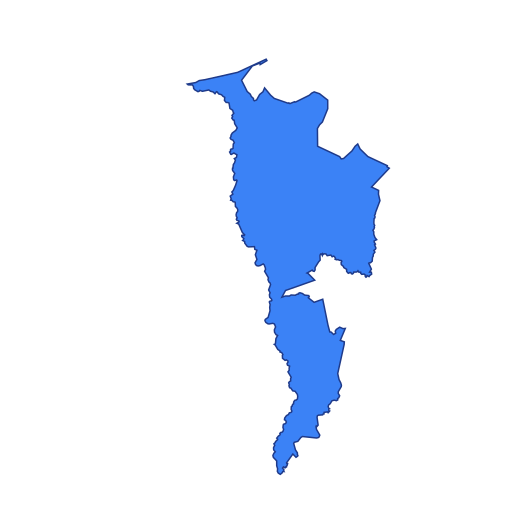 the district of Amatlán de Cañas, Nayarit, Mexico, rotated 32°
{"feature_id": "50627088B27678172888036", "entity_name": "Amatlán de Cañas", "entity_type": "district", "adm_level": 2, "iso_a3": "MEX", "parent_name": "Mexico", "parent_adm1": "Nayarit", "projection": "robinson", "projection_center": [-104.374, 20.799], "detail": "fine", "context": "isolated", "style": "filled", "palette": "blue", "viewbox_px": 512, "rotation_deg": 32, "n_neighbors": 0, "source": "geoboundaries", "source_scale": "gbopen_adm2", "svg_char_len": 6159}
<svg xmlns="http://www.w3.org/2000/svg" viewBox="0 0 512 512"><g transform="rotate(32 256 256)"><path d="M396.6,352.5L399.3,350.3L400.2,350.7L400.5,349.2L400.6,348.5L399.9,348.7L399.0,347.6L398.7,347.0L399.1,346.6L398.3,346.5L397.0,345.5L396.5,343.8L397.2,341.9L397.1,338.6L398.7,336.8L400.8,336.1L401.6,334.7L400.8,333.7L401.3,332.3L401.0,330.2L398.5,328.9L397.7,327.4L397.5,321.6L396.9,320.3L395.1,318.7L391.9,316.8L387.6,312.4L377.7,284.5L376.4,282.0L372.2,282.9L370.1,270.1L368.3,271.5L364.7,272.0L363.0,275.7L363.0,277.7L364.5,279.3L363.4,281.4L360.0,280.7L358.8,281.3L353.6,276.4L335.5,257.3L329.8,264.5L322.5,263.7L322.7,262.3L321.7,261.6L317.9,263.4L315.3,263.2L312.7,263.9L311.8,265.2L312.2,265.7L310.7,267.2L310.2,268.4L306.4,270.5L305.5,272.3L302.2,274.3L299.8,277.2L299.3,269.6L318.6,245.4L309.4,243.2L308.3,243.4L311.1,238.2L312.5,238.6L313.5,238.2L313.5,236.5L312.2,234.5L312.2,227.8L312.6,225.5L310.0,221.8L309.7,220.4L310.0,219.7L310.6,219.6L311.9,220.4L311.4,218.8L312.2,219.1L312.5,218.1L314.2,217.2L316.2,218.0L319.0,215.5L321.0,216.3L321.8,215.0L322.6,214.9L324.7,215.8L324.7,216.8L325.1,216.8L326.6,216.4L327.5,215.5L328.8,215.5L330.9,214.6L331.6,215.1L331.7,216.6L332.9,218.1L335.6,218.5L336.6,219.3L339.9,219.3L341.0,221.0L343.0,221.7L343.8,221.5L344.0,220.6L345.1,219.8L346.4,220.5L347.4,220.1L347.7,218.8L347.4,217.9L349.6,216.4L350.3,215.4L350.3,214.5L351.8,215.2L353.4,214.3L353.9,215.2L355.4,215.5L357.2,214.1L358.3,214.0L359.6,215.5L360.5,215.7L360.8,215.0L360.5,213.7L362.8,213.6L362.8,212.3L363.7,210.1L362.4,208.6L360.9,209.5L360.8,206.0L355.4,202.4L355.7,201.7L356.7,201.1L357.3,198.8L355.5,195.4L355.5,194.1L354.5,192.2L354.8,189.7L353.0,188.8L353.7,187.0L353.5,185.7L350.6,183.6L351.0,182.6L348.9,181.6L348.2,180.6L349.7,178.2L347.1,177.3L344.3,175.1L343.1,173.1L341.5,172.2L341.7,170.8L341.4,169.1L340.7,168.5L340.4,167.1L339.3,166.6L338.1,165.0L336.3,161.6L336.6,160.7L336.1,159.6L335.0,158.7L334.9,156.9L334.4,156.2L331.8,143.4L327.1,138.7L325.2,135.4L317.4,136.3L322.5,110.9L319.7,110.9L319.5,109.8L298.2,112.4L287.6,110.1L282.9,107.1L281.9,110.4L281.7,116.1L278.6,126.9L276.8,128.5L274.3,127.4L250.1,130.3L240.5,115.3L240.4,111.0L241.3,107.2L238.8,93.1L234.2,85.8L223.9,84.7L218.4,86.0L216.9,88.4L216.1,91.3L208.4,103.8L207.5,104.9L206.9,104.8L204.0,108.8L202.7,108.7L202.4,109.4L188.0,112.7L183.2,111.9L174.2,108.9L174.9,113.0L173.5,117.1L173.8,123.4L172.3,125.3L171.1,124.9L170.3,123.7L167.5,123.2L165.4,121.8L161.4,121.2L150.6,114.6L152.2,96.8L157.1,90.3L158.1,91.5L161.7,84.5L160.3,83.7L143.1,110.0L119.3,133.5L114.9,137.3L113.0,140.8L106.6,146.6L107.8,146.8L111.5,144.6L113.1,145.4L114.3,146.9L115.8,147.5L119.7,147.4L120.5,146.4L120.6,145.3L123.3,144.7L128.0,140.2L130.1,140.4L132.6,139.6L135.2,140.1L135.4,137.6L135.8,137.4L138.5,138.3L141.3,137.5L143.4,138.1L145.4,138.0L146.8,140.8L149.3,141.6L150.9,140.7L152.1,140.6L155.7,144.7L159.0,144.8L160.5,146.2L161.5,146.6L161.1,149.5L162.3,150.2L162.4,151.9L164.7,152.8L165.2,152.4L165.9,152.8L167.8,155.1L172.2,157.3L172.3,160.1L170.7,164.3L170.8,166.8L171.5,168.0L171.5,169.5L171.9,169.9L173.0,170.3L175.2,170.0L177.6,171.4L177.4,173.1L179.5,176.9L179.2,177.7L178.2,178.5L178.1,179.5L178.9,180.6L178.5,181.8L180.7,183.1L181.2,183.0L182.7,180.4L186.2,180.3L187.2,182.8L186.0,184.9L187.7,185.6L188.4,188.4L188.3,190.4L189.9,193.8L189.6,194.0L190.0,194.9L190.9,195.9L194.2,197.2L194.9,200.9L196.7,203.2L198.0,203.3L199.3,201.8L200.0,202.2L201.2,206.9L202.0,212.5L201.6,214.5L203.6,215.8L202.4,218.9L204.6,220.6L204.9,222.1L206.2,221.6L207.9,222.1L209.5,221.4L210.0,221.6L212.3,224.9L214.7,225.5L216.0,226.4L216.8,227.9L216.6,229.6L217.3,231.6L218.2,232.7L219.8,233.6L219.8,235.2L220.7,235.8L222.9,235.4L223.4,235.7L223.4,236.5L222.4,238.4L224.4,238.1L232.0,243.3L235.2,244.1L235.1,245.1L233.3,245.6L233.0,246.1L233.7,247.1L236.5,247.7L236.7,249.3L236.5,249.9L238.7,249.7L239.6,251.0L243.4,252.5L244.9,252.2L249.7,248.9L251.5,251.0L253.7,250.6L254.8,255.3L258.6,258.4L258.8,262.3L260.2,263.5L261.8,263.8L263.1,263.3L264.5,262.0L266.3,258.9L267.5,259.1L270.2,261.1L271.2,262.4L271.4,264.4L278.1,267.9L278.7,269.7L279.5,270.3L281.0,271.3L282.2,271.4L283.5,272.5L284.7,278.1L287.4,279.7L287.9,281.8L289.5,283.7L291.9,284.3L292.9,285.1L292.9,285.8L291.7,287.0L291.6,287.9L293.7,289.7L294.9,292.4L296.9,295.0L298.8,301.7L297.5,304.7L297.6,305.7L298.0,306.2L299.5,307.1L302.0,307.2L303.1,306.7L305.9,304.2L307.6,303.9L308.5,304.5L310.2,305.8L310.7,308.9L312.1,310.8L314.7,312.1L316.4,311.9L316.7,315.6L318.8,319.8L318.9,320.6L318.4,321.2L319.4,321.3L324.0,323.7L326.6,323.8L327.2,324.7L328.8,324.3L329.7,324.6L331.1,325.4L331.0,326.3L332.7,328.7L336.0,329.1L336.8,328.0L338.7,328.1L339.4,329.1L339.3,330.7L339.6,331.1L340.6,331.9L342.9,331.6L343.5,333.5L344.7,335.3L344.5,337.3L350.1,340.2L350.3,341.6L351.6,343.6L350.9,345.0L350.9,346.2L352.5,347.5L352.7,348.6L354.3,349.9L355.6,349.6L358.6,350.9L360.9,350.0L364.5,351.5L365.8,353.0L366.9,355.3L366.4,356.9L365.5,357.6L365.3,358.5L365.3,359.8L366.2,361.5L365.8,362.1L365.8,363.3L366.2,364.0L365.8,365.1L367.2,367.6L368.5,368.4L368.8,369.3L368.5,370.2L367.4,371.3L367.5,373.3L366.4,375.2L366.2,378.2L366.9,379.8L368.3,379.8L369.7,380.7L369.9,382.4L368.5,384.1L368.6,384.8L369.7,387.1L371.3,388.4L371.8,390.6L371.3,391.9L370.5,392.5L370.2,393.8L370.9,394.2L371.1,395.1L370.4,396.9L370.1,399.5L371.4,399.8L371.6,400.2L370.9,403.1L371.2,403.8L370.7,405.8L372.2,406.6L372.4,409.1L373.2,410.4L373.9,411.1L376.1,411.8L375.7,413.7L376.0,416.1L376.5,416.7L377.5,417.6L382.1,418.8L384.7,422.9L387.1,425.0L388.2,427.3L389.9,428.3L392.3,428.3L393.1,426.0L392.9,424.6L393.9,424.0L393.4,423.8L393.0,422.6L390.9,421.8L391.0,420.3L392.7,420.1L393.0,419.0L393.2,419.6L393.6,418.6L393.2,418.4L393.3,416.8L392.8,415.3L392.0,415.7L391.5,415.2L392.2,404.4L396.6,405.5L397.4,403.6L397.2,402.9L396.4,402.5L395.4,401.0L392.2,399.5L387.3,395.0L387.2,393.7L389.7,391.0L390.2,386.2L391.0,384.5L403.7,378.3L404.9,377.2L405.4,376.1L405.0,374.1L399.2,371.0L397.4,369.0L397.2,368.3L398.0,368.5L398.3,366.5L393.3,360.5L392.7,359.0L393.3,357.9L396.7,355.4L396.7,354.3L397.3,353.9L396.6,352.5Z" fill="#3b82f6" stroke="#1e3a8a" stroke-width="1.5"/></g></svg>